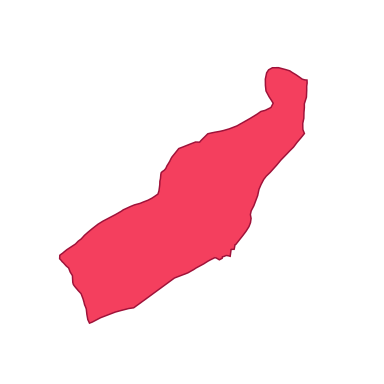 the district of Akure North, Ondo, Nigeria, rotated 249°
{"feature_id": "59680162B82334724733824", "entity_name": "Akure North", "entity_type": "district", "adm_level": 2, "iso_a3": "NGA", "parent_name": "Nigeria", "parent_adm1": "Ondo", "projection": "equal_earth", "projection_center": [5.321, 7.254], "detail": "fine", "context": "isolated", "style": "filled", "palette": "rose", "viewbox_px": 384, "rotation_deg": 249, "n_neighbors": 0, "source": "geoboundaries", "source_scale": "gbopen_adm2", "svg_char_len": 2542}
<svg xmlns="http://www.w3.org/2000/svg" viewBox="0 0 384 384"><g transform="rotate(249 192 192)"><path d="M118.9,193.2L119.3,196.4L120.6,197.2L120.4,198.2L120.4,198.9L120.4,199.6L120.5,200.7L120.4,201.2L120.2,201.8L119.8,202.4L119.5,203.0L118.9,203.8L118.3,204.6L121.2,206.2L123.6,207.5L124.2,207.7L124.4,208.1L124.1,208.8L123.4,210.8L124.3,211.4L125.4,212.1L125.9,212.4L126.2,212.5L126.5,212.7L126.9,213.0L127.4,213.3L127.3,213.9L127.4,214.2L129.5,217.7L130.8,219.9L133.3,224.1L136.0,228.4L139.2,232.7L142.4,235.6L146.2,237.7L150.0,238.4L153.2,240.5L157.0,244.8L165.1,252.0L170.5,255.5L174.2,259.1L178.0,263.4L180.2,267.0L182.3,272.0L186.7,280.6L189.9,286.3L192.6,292.1L195.3,297.8L197.5,302.8L200.7,307.9L203.4,312.9L206.3,317.9L208.8,317.9L210.5,317.9L212.6,318.6L216.4,320.0L220.7,322.8L226.1,325.0L230.4,327.1L234.1,328.5L239.5,332.8L246.0,335.6L249.7,337.0L252.4,338.5L255.3,339.5L256.2,337.6L257.8,335.4L261.0,333.3L264.2,331.1L267.9,328.2L270.1,326.7L272.8,323.2L274.4,321.0L277.0,317.4L279.2,311.6L278.6,307.3L276.5,304.4L271.1,300.9L265.1,298.7L259.8,297.3L253.3,298.1L249.6,298.9L245.8,299.6L242.6,296.0L242.0,289.6L242.5,285.2L241.4,280.9L239.9,272.9L237.6,257.4L237.6,257.2L237.6,250.0L237.6,249.4L238.1,243.5L238.6,239.9L239.6,234.8L240.2,231.2L240.7,227.6L238.5,222.6L236.9,219.0L235.8,216.9L237.4,213.2L237.4,206.8L237.3,200.3L237.3,195.2L231.9,185.9L230.8,184.5L228.7,182.3L226.5,179.5L225.4,178.0L223.3,175.9L222.2,173.8L221.7,171.6L221.1,170.2L219.6,169.2L216.7,167.8L215.7,167.3L213.6,165.9L210.3,164.5L207.7,163.1L205.0,161.6L202.3,159.5L201.2,155.2L201.1,154.6L200.8,153.3L200.6,152.3L200.1,148.0L200.1,143.0L200.0,139.4L200.6,133.6L200.5,129.3L200.1,123.3L200.0,121.4L199.4,119.2L198.3,112.0L197.8,107.7L197.2,102.6L196.7,98.3L195.6,92.6L194.5,89.0L193.4,85.4L191.7,80.4L190.1,76.1L187.9,71.8L186.9,68.2L185.2,64.6L184.1,59.5L183.0,54.5L181.8,50.8L181.4,49.7L181.1,48.8L181.0,48.2L180.7,47.2L180.3,45.9L177.1,44.5L175.5,45.2L173.3,45.9L172.2,46.5L168.0,48.1L165.3,49.6L161.0,49.6L156.7,50.4L155.6,50.0L150.3,48.3L148.1,48.1L146.1,48.6L144.9,49.0L140.6,50.5L136.9,52.0L131.5,52.0L128.0,51.7L125.1,51.3L123.9,51.4L122.4,51.4L120.8,51.4L115.4,50.0L114.4,49.8L110.2,49.0L106.3,49.3L106.3,52.2L106.8,56.5L107.4,61.6L107.4,65.9L107.4,72.4L107.4,75.2L107.4,77.4L106.9,82.4L106.6,85.1L105.9,91.1L104.8,96.1L109.5,113.6L110.9,118.7L118.0,144.8L118.0,159.2L119.1,166.3L119.6,168.5L120.7,177.1L121.7,182.0L122.1,185.1L122.5,189.7L121.8,190.9L119.7,192.6L118.9,193.2Z" fill="#f43f5e" stroke="#9f1239" stroke-width="1.5"/></g></svg>